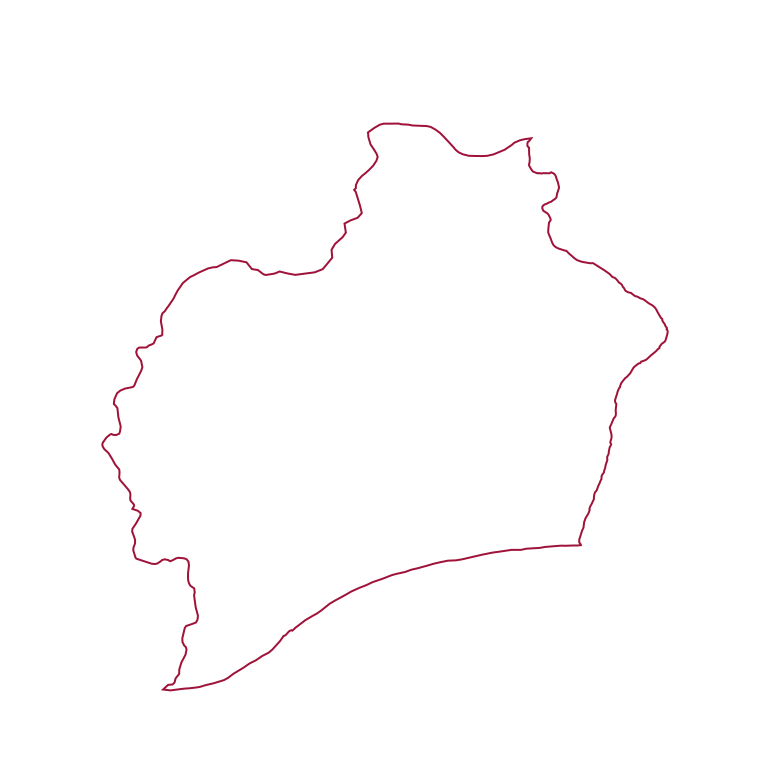 the district of Ngeun, Xaignabouri, Laos, rotated 77°
{"feature_id": "54806243B6650440767024", "entity_name": "Ngeun", "entity_type": "district", "adm_level": 2, "iso_a3": "LAO", "parent_name": "Laos", "parent_adm1": "Xaignabouri", "projection": "robinson", "projection_center": [101.129, 19.732], "detail": "fine", "context": "isolated", "style": "outline", "palette": "rose", "viewbox_px": 768, "rotation_deg": 77, "n_neighbors": 0, "source": "geoboundaries", "source_scale": "gbopen_adm2", "svg_char_len": 6146}
<svg xmlns="http://www.w3.org/2000/svg" viewBox="0 0 768 768"><g transform="rotate(77 384 384)"><path d="M585.3,228.4L584.6,228.4L582.2,229.4L579.4,228.7L571.2,223.8L569.4,222.3L568.2,221.7L563.7,220.1L559.8,217.6L557.0,214.7L554.5,212.8L552.8,211.9L552.2,212.0L551.5,211.7L550.1,210.9L547.5,208.6L543.4,205.4L542.8,205.2L542.0,205.1L539.0,204.0L537.7,203.2L536.9,202.6L536.3,201.7L535.1,200.4L531.7,198.3L529.1,196.2L526.6,194.5L525.7,193.6L522.8,192.7L522.0,192.2L521.1,191.4L520.7,190.7L519.6,189.6L517.7,188.8L515.6,187.4L512.7,186.2L508.4,183.5L505.3,183.0L502.4,180.7L500.8,180.3L497.2,178.7L496.3,178.2L494.1,176.3L493.7,176.2L492.0,176.7L491.4,176.5L488.2,174.7L486.7,174.1L485.4,173.9L483.3,173.7L477.5,173.9L476.6,173.4L475.4,172.4L469.2,167.9L467.9,166.2L467.4,165.7L466.7,165.3L465.5,164.8L461.5,164.1L459.6,163.5L456.4,162.3L455.4,162.2L454.2,162.7L453.5,162.8L452.6,162.7L451.7,162.5L448.9,160.9L446.0,159.1L444.2,158.2L443.2,157.6L440.8,155.7L440.6,155.2L440.2,154.8L438.8,154.2L436.6,152.7L435.1,151.0L432.7,147.9L431.5,145.4L429.0,141.8L424.2,137.2L423.5,136.1L421.5,132.0L421.3,130.9L421.3,129.7L420.1,128.5L419.7,124.9L419.3,123.1L418.9,122.2L416.3,117.7L413.4,111.9L411.7,109.4L411.0,107.6L410.7,107.4L409.7,107.2L408.1,105.3L407.1,104.0L406.5,102.2L405.7,100.7L405.0,100.1L404.0,99.4L399.3,96.8L397.2,95.9L396.2,95.8L395.3,95.8L394.6,96.0L394.3,96.3L393.9,96.2L393.6,95.9L392.7,95.8L391.4,96.5L390.5,96.8L389.1,96.9L386.2,98.1L384.6,98.5L383.2,98.3L382.8,98.5L382.5,98.9L381.8,99.3L376.5,101.0L373.2,101.8L371.5,102.4L369.6,103.4L368.0,104.6L367.0,105.6L364.9,107.9L361.2,111.0L359.7,112.4L358.3,114.8L357.5,115.8L356.7,116.5L355.8,117.6L355.1,119.1L354.3,120.1L350.8,122.9L350.0,124.6L349.4,125.6L348.0,127.3L346.9,128.0L344.7,128.5L343.9,128.9L343.2,129.4L340.8,129.9L339.2,131.0L338.6,131.7L337.8,132.3L335.0,133.6L333.6,134.4L332.3,135.5L331.4,137.0L330.9,137.5L328.6,138.8L327.1,139.8L323.0,143.5L313.5,152.9L313.1,153.6L312.9,155.3L312.6,156.3L309.8,162.9L308.7,165.0L306.7,168.0L304.3,170.2L300.6,172.8L299.1,174.0L295.2,176.4L295.0,176.9L294.8,177.6L294.1,178.7L293.3,180.1L291.3,183.4L290.4,184.6L289.3,185.8L288.0,186.9L287.0,187.5L283.9,188.4L278.8,189.0L276.5,189.5L273.4,189.9L272.6,189.8L269.9,189.0L264.4,187.1L263.6,186.7L262.2,185.1L261.5,184.6L260.5,184.6L258.4,185.0L255.8,185.7L254.5,186.5L251.0,189.8L249.9,190.1L248.1,190.2L246.9,189.8L246.1,189.0L245.6,188.1L245.2,186.9L244.9,184.5L244.6,183.8L244.3,182.7L244.0,180.3L241.9,175.3L241.0,174.0L237.8,172.7L234.5,170.7L232.3,169.4L231.5,169.2L230.4,169.2L226.2,169.2L224.3,169.6L220.8,169.8L218.8,170.2L217.2,171.2L215.3,173.5L215.9,175.2L215.7,176.2L214.4,181.3L214.3,183.4L213.6,184.8L213.6,185.8L213.2,186.2L213.2,187.2L210.7,190.8L209.9,191.4L208.1,192.2L204.2,193.4L202.9,193.4L202.0,193.0L201.3,192.5L197.1,191.2L193.0,190.9L188.6,190.0L186.3,189.5L185.6,190.1L184.3,190.7L183.0,190.4L182.0,190.2L180.6,189.5L180.0,188.0L177.7,185.3L177.1,191.4L177.1,196.5L178.2,202.7L179.9,205.9L182.9,213.8L184.9,225.6L184.9,232.1L184.2,236.2L182.4,243.6L180.7,250.1L177.8,255.7L174.9,259.3L171.5,261.8L169.1,262.9L161.9,267.0L156.4,270.2L152.2,272.8L147.9,276.4L144.0,280.7L142.3,284.3L138.5,298.1L136.7,302.1L134.9,308.5L133.6,311.0L130.3,325.7L130.4,329.7L132.2,335.6L135.3,343.1L137.0,343.2L139.9,343.7L147.7,343.2L152.5,341.3L158.1,339.4L161.4,339.1L164.8,341.2L168.8,345.4L171.9,350.2L174.2,354.3L176.3,358.7L179.4,363.2L183.8,366.6L186.9,367.4L188.1,369.4L190.6,368.3L204.4,367.3L208.9,367.2L212.5,367.2L216.1,372.3L217.1,380.0L218.8,386.4L227.9,387.1L231.6,391.3L236.5,400.2L241.4,404.9L249.3,406.0L258.3,417.8L259.6,426.4L257.7,445.9L254.7,452.9L250.9,460.4L251.8,465.9L251.2,474.6L250.0,476.8L244.6,481.2L242.3,486.9L234.5,490.6L231.1,498.0L228.9,505.4L232.4,520.8L231.8,524.9L231.8,529.5L233.8,539.5L235.3,544.9L236.1,548.7L239.2,555.0L240.5,557.4L246.4,563.9L249.8,566.9L253.4,569.8L259.7,576.6L261.0,578.3L263.9,581.3L265.1,583.8L267.6,585.5L272.7,587.3L281.1,587.7L286.2,589.0L286.7,589.9L287.2,595.1L292.6,599.3L293.2,601.5L293.6,604.6L294.7,606.5L294.9,607.9L293.6,613.4L293.5,614.8L294.4,616.6L297.1,618.3L300.7,618.1L306.5,615.5L313.1,615.6L316.5,617.6L323.7,623.7L328.9,627.3L330.3,628.9L330.4,631.0L330.2,637.5L331.1,642.4L332.9,646.1L338.0,650.0L340.8,651.1L342.8,651.7L344.4,650.6L347.5,649.2L356.8,650.3L366.1,650.1L370.6,651.8L372.8,653.1L373.5,656.4L372.6,659.3L371.4,660.9L371.7,662.4L373.8,666.6L377.8,671.1L379.3,672.0L381.5,672.2L384.5,671.2L389.2,668.0L396.1,665.7L402.2,664.0L407.7,661.2L410.3,661.5L415.7,663.1L418.1,662.8L429.0,657.1L432.0,655.9L434.6,655.9L438.4,657.1L440.6,657.2L445.1,654.8L446.6,654.9L449.1,657.3L452.1,652.4L455.0,650.2L457.5,650.9L464.3,657.2L468.5,661.7L471.3,662.6L476.2,661.9L479.9,661.6L483.2,662.4L487.4,665.1L489.8,665.7L497.0,665.2L498.5,664.6L506.9,650.7L507.9,647.5L507.9,645.2L506.5,641.4L505.6,639.8L505.5,637.1L506.9,634.0L508.6,632.2L508.2,629.7L507.1,625.9L507.1,623.3L508.9,618.0L510.3,615.8L513.1,614.5L516.7,614.8L524.6,617.6L528.0,618.4L531.3,619.0L534.5,618.8L537.1,618.0L540.5,614.9L544.4,615.3L547.1,616.6L559.2,617.7L567.9,617.4L571.6,618.7L574.1,620.9L574.7,625.4L575.3,631.3L577.1,633.1L586.4,637.7L590.1,638.4L593.8,637.5L595.8,636.3L598.2,636.1L603.1,638.3L609.7,644.0L616.1,647.7L620.4,648.8L624.0,653.3L627.8,655.3L629.2,657.6L628.6,662.1L632.0,668.0L634.5,661.0L635.9,647.0L636.7,642.3L637.6,633.9L637.7,631.3L637.3,625.3L637.3,617.6L636.5,606.4L635.2,601.9L632.5,596.0L628.8,584.7L626.1,578.0L624.5,571.3L621.6,563.8L619.8,556.6L617.6,552.5L614.8,548.4L610.9,542.9L606.8,538.4L606.9,537.6L606.6,536.4L603.6,532.1L603.2,530.8L603.1,529.5L603.7,528.8L602.2,526.0L601.9,525.8L596.3,513.5L593.9,505.8L592.6,501.1L590.6,496.2L585.8,486.2L583.8,479.8L580.6,468.3L578.8,462.5L577.1,453.9L576.0,446.5L574.5,439.7L573.5,429.7L572.0,419.4L571.8,414.7L571.9,405.5L571.1,399.4L571.1,392.1L570.7,382.7L570.3,375.9L570.3,370.1L570.5,361.6L572.0,353.6L572.4,347.6L572.4,326.1L572.7,315.9L573.3,309.7L574.3,297.0L576.4,287.9L576.5,282.3L578.7,269.4L579.0,263.7L580.7,252.1L581.4,247.5L582.4,243.8L584.1,235.0L584.8,232.4L585.3,228.4Z" fill="none" stroke="#9f1239" stroke-width="2"/></g></svg>